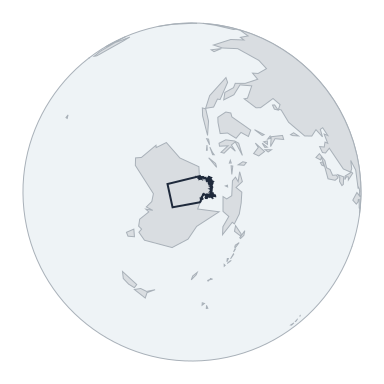 globe centered on Northern Territory, rotated 78°
{"feature_id": "AUS-2650", "entity_name": "Northern Territory", "entity_type": "Territory", "adm_level": 1, "iso_a3": "AUS", "parent_name": "Australia", "parent_adm1": "", "projection": "orthographic", "projection_center": [133.869, -18.484], "detail": "fine", "context": "on_globe", "style": "outline", "palette": "slate", "viewbox_px": 384, "rotation_deg": 78, "n_neighbors": 0, "source": "natural_earth", "source_scale": "10m", "svg_char_len": 10752}
<svg xmlns="http://www.w3.org/2000/svg" viewBox="0 0 384 384"><g transform="rotate(78 192 192)"><circle cx="192" cy="192" r="169" fill="#eef3f6" stroke="#a8b0b8"/><path d="M309.0,200.7L309.0,202.0L308.8,202.1L309.0,200.7ZM278.4,46.8L278.3,46.7L278.2,46.7L278.4,46.8ZM342.6,123.1L341.2,119.5L342.9,122.3L342.6,123.1ZM339.8,117.0L340.4,118.3L339.7,117.2L339.8,117.0ZM338.9,116.0L339.5,116.8L339.0,116.3L338.9,116.0ZM337.9,115.1L338.4,115.4L338.4,115.5L337.9,115.1ZM336.0,112.6L335.4,111.9L335.7,111.9L336.0,112.6ZM188.7,23.1L189.5,23.1L190.2,23.0L203.5,23.4L216.7,24.9L229.8,27.3L242.7,30.8L241.9,30.6L247.9,32.6L243.4,31.4L242.4,31.8L234.0,30.0L234.0,30.9L236.3,31.7L238.0,33.8L233.4,36.4L226.8,30.8L231.7,28.5L228.8,28.8L226.3,27.9L223.4,27.7L221.6,28.3L223.3,28.8L204.6,27.3L194.1,30.2L202.4,30.9L205.5,32.8L200.9,39.2L177.7,48.6L181.6,53.3L180.5,56.2L174.1,57.7L175.5,53.3L170.8,51.5L172.6,49.1L162.8,50.7L165.0,47.4L156.3,50.8L157.4,53.5L165.2,52.9L156.8,57.8L162.2,63.2L160.6,70.1L143.9,83.0L130.3,87.7L129.0,90.2L124.8,87.7L117.4,93.3L123.8,107.4L122.9,111.9L111.7,121.6L111.8,118.2L100.6,111.5L97.2,122.8L105.6,130.8L108.5,141.8L101.4,139.1L98.6,129.7L94.7,127.1L96.8,117.3L95.4,104.3L88.3,108.1L89.8,102.7L86.8,93.5L77.2,99.2L61.3,117.5L57.5,132.2L52.7,140.4L50.9,122.4L54.1,109.6L50.8,112.5L51.0,104.7L44.0,111.1L45.3,108.5L43.5,111.5L43.6,111.3L49.6,101.0L56.3,91.3L63.7,82.0L71.8,73.3L80.4,65.1L89.6,57.6L99.2,50.8L109.4,44.6L119.9,39.2L130.8,34.5L142.0,30.6L153.5,27.5L165.1,25.2L176.9,23.7L188.7,23.1ZM39.4,119.4L40.2,117.9L44.2,110.4L41.9,115.2L41.7,117.6L33.8,134.4L29.3,146.3L33.8,132.6L39.4,119.4ZM26.6,157.4L28.1,152.0L27.2,155.8L23.9,176.6L23.0,191.1L24.0,174.2L26.6,157.4ZM26.1,223.9L26.3,225.0L30.0,239.8L32.0,246.4L26.1,223.9ZM39.1,263.8L39.5,264.6L39.7,265.2L39.1,263.8ZM90.8,297.2L94.1,298.8L93.0,299.8L90.8,297.2ZM30.1,228.1L39.0,256.8L38.9,259.5L35.4,252.7L29.8,236.2L28.9,228.9L27.5,220.6L30.1,228.1ZM149.2,167.6L154.3,168.4L154.2,169.2L149.2,167.6ZM143.7,164.8L149.5,165.0L142.9,166.6L143.7,164.8ZM151.8,165.2L157.6,163.7L160.2,162.5L159.8,164.1L151.8,165.2ZM139.9,165.0L119.7,165.8L111.9,164.4L113.6,161.3L126.1,161.1L139.9,165.0ZM113.0,161.3L101.4,154.7L87.1,135.0L92.2,134.4L107.4,145.3L106.4,147.8L113.4,153.2L113.0,161.3ZM141.7,145.0L140.7,152.3L129.4,152.1L124.3,151.2L120.8,142.3L122.8,137.6L126.8,137.4L143.7,121.7L149.4,125.3L143.9,131.7L148.6,137.7L141.7,145.0ZM57.8,133.4L59.3,141.3L56.9,143.7L57.8,133.4ZM151.3,111.6L144.0,117.9L150.9,109.5L151.3,111.6ZM155.9,104.0L156.0,107.0L153.5,104.0L155.9,104.0ZM128.1,94.2L123.7,95.2L124.0,93.1L129.8,90.7L128.1,94.2ZM159.3,76.2L157.8,81.7L156.4,83.7L155.2,80.3L159.3,76.2ZM271.0,265.3L273.6,268.3L269.0,273.1L262.3,277.2L255.3,276.5L271.0,265.3ZM217.8,264.5L216.2,256.6L223.8,257.6L221.9,263.8L217.8,264.5ZM275.7,262.3L279.8,257.1L279.9,248.4L281.1,256.9L286.0,259.8L275.4,268.6L275.7,262.3ZM185.6,230.1L154.2,241.9L146.9,240.1L147.7,234.3L138.8,217.5L141.1,217.8L138.3,206.8L156.2,196.8L168.7,180.0L179.9,181.8L187.6,170.4L199.6,172.6L196.6,181.7L209.8,190.0L217.0,169.6L226.6,194.6L237.3,205.7L242.2,223.0L229.3,248.5L220.3,252.3L217.8,249.0L214.3,251.3L207.7,248.8L202.5,238.4L199.1,240.8L201.8,234.2L197.1,239.8L193.0,233.3L185.6,230.1ZM271.7,203.6L273.9,205.1L277.8,211.0L274.3,208.8L271.7,203.6ZM303.6,203.0L304.9,205.7L302.5,205.0L303.6,203.0ZM308.8,202.1L305.9,201.4L309.0,200.7L308.8,202.1ZM281.3,192.8L282.5,194.8L281.7,195.0L281.3,192.8ZM280.4,192.0L281.5,190.0L281.5,192.4L280.4,192.0ZM269.5,175.6L270.6,174.8L271.3,175.9L269.5,175.6ZM162.0,168.6L169.0,163.0L173.0,162.8L162.0,168.6ZM267.5,172.4L264.4,171.3L264.7,170.2L267.5,172.4ZM267.6,169.7L267.1,167.8L269.3,172.5L267.6,169.7ZM261.5,164.1L265.4,168.2L261.1,164.3L261.5,164.1ZM259.3,163.8L256.5,161.8L256.7,161.3L259.3,163.8ZM230.0,158.9L240.1,171.0L232.4,169.0L223.6,161.1L217.4,165.7L202.9,162.6L206.0,159.5L203.9,153.9L189.4,150.1L186.5,146.4L191.5,144.7L182.1,141.2L192.3,140.6L196.7,148.0L202.5,143.3L213.0,146.2L223.3,150.3L232.0,157.2L230.0,158.9ZM192.7,155.9L194.5,156.1L193.0,158.1L192.7,155.9ZM251.3,156.4L255.3,161.0L254.9,161.7L253.0,160.7L251.3,156.4ZM233.9,156.4L243.1,152.7L245.4,153.4L239.3,158.6L233.9,156.4ZM240.8,148.4L245.2,150.3L247.6,154.2L246.7,154.8L240.8,148.4ZM171.8,147.6L171.5,149.5L168.9,147.9L171.8,147.6ZM175.1,146.7L183.1,149.4L174.5,148.3L175.1,146.7ZM152.0,139.3L154.2,143.7L161.1,141.1L155.9,145.0L160.7,152.6L159.2,155.4L154.3,147.2L152.9,155.6L149.9,155.4L148.0,148.2L151.0,139.6L154.0,136.2L166.7,135.1L152.0,139.3ZM175.0,141.2L173.0,136.0L174.5,132.7L176.7,135.5L175.0,141.2ZM167.2,123.7L162.2,117.9L157.3,119.9L167.5,112.6L170.6,119.2L167.2,123.7ZM163.5,111.5L158.8,113.2L163.8,109.0L163.5,111.5ZM157.8,111.4L157.7,107.7L161.1,108.3L157.8,111.4ZM165.8,111.7L167.2,105.5L168.7,109.2L165.8,111.7ZM157.1,99.7L163.9,105.7L154.4,103.0L155.5,91.7L159.7,91.4L157.1,99.7ZM189.9,60.3L189.7,57.9L193.9,57.7L192.8,59.4L189.9,60.3ZM207.4,56.2L194.9,56.9L184.9,58.2L187.4,59.5L184.0,63.6L181.0,59.4L189.0,55.5L196.3,55.3L198.7,52.3L204.9,51.0L205.4,47.3L208.5,46.2L210.3,49.6L207.4,56.2ZM205.4,45.8L208.7,40.5L216.0,42.4L216.9,44.0L212.3,45.5L208.7,44.4L205.4,45.8ZM211.6,39.9L208.2,38.9L205.7,31.8L207.0,30.9L212.8,36.6L209.8,36.0L209.1,37.6L211.6,39.9Z" fill="#d9dde1" stroke="#a8b0b8" stroke-width="1"/><path d="M178.1,181.5L178.7,181.9L178.7,182.2L178.6,182.6L178.8,182.4L178.8,182.6L178.9,182.2L178.8,181.4L178.9,181.6L179.1,181.5L179.5,181.7L179.8,182.0L179.8,182.4L180.0,182.3L180.1,182.5L180.2,182.4L179.9,181.7L180.0,181.4L180.4,181.5L180.8,181.2L180.9,181.3L180.9,181.0L180.4,181.3L180.4,181.2L180.2,181.3L180.0,181.1L179.8,180.7L180.2,180.7L180.4,180.5L180.0,180.6L179.6,180.5L179.1,180.2L179.2,179.9L179.5,179.4L179.5,179.1L179.8,179.2L179.8,178.9L179.9,179.0L180.2,178.9L180.1,178.5L180.4,178.2L180.6,177.3L180.7,177.5L180.8,177.5L181.3,177.3L181.6,176.9L181.9,177.0L181.2,176.4L181.3,175.8L181.4,175.7L181.5,175.8L181.8,175.7L181.9,175.0L182.0,175.0L182.2,174.9L182.4,174.9L182.6,175.1L182.9,175.1L182.5,174.8L182.5,174.7L182.6,174.3L182.5,174.2L183.1,174.3L183.1,174.7L183.5,174.9L183.5,174.7L183.7,174.8L183.4,174.5L183.7,174.6L183.4,174.3L183.2,174.3L183.2,174.2L183.5,174.0L183.9,174.1L183.7,173.5L183.8,173.4L184.0,173.4L184.5,173.7L184.6,173.1L184.7,173.6L185.0,173.8L186.0,173.7L186.3,173.6L186.8,173.8L187.3,173.4L187.4,173.6L187.7,173.6L187.8,173.8L187.7,174.1L187.9,173.8L187.9,173.4L188.2,173.2L188.6,173.3L188.8,173.3L188.4,173.1L188.5,172.5L188.3,172.3L188.6,171.9L188.3,171.8L188.0,171.4L187.7,171.3L186.9,171.5L186.7,171.4L186.7,171.2L186.4,171.2L186.5,171.0L185.9,170.9L186.0,170.8L186.1,170.6L186.3,170.5L186.4,170.8L186.5,170.7L186.5,170.4L186.8,170.7L186.9,171.0L187.0,170.9L187.1,171.2L187.3,171.0L187.1,170.9L187.1,170.4L187.4,170.8L187.4,170.5L187.6,170.4L187.7,170.8L187.9,170.6L188.0,170.7L188.5,171.5L189.0,171.2L189.7,171.5L190.0,172.1L190.5,172.0L190.4,172.2L190.7,172.1L190.9,172.3L191.0,172.2L191.0,172.5L191.1,172.4L191.4,172.4L191.8,172.1L192.1,172.1L191.9,172.4L191.9,172.5L192.2,172.7L192.5,172.5L192.8,172.6L192.9,172.8L192.9,173.2L193.2,172.8L193.6,173.1L194.1,173.1L194.6,172.8L194.9,173.3L195.2,173.4L195.5,173.7L195.9,173.8L195.7,173.6L196.3,173.6L195.9,173.5L196.2,173.3L196.5,173.2L196.6,173.3L196.8,173.1L197.0,173.2L197.3,173.0L196.9,173.1L197.0,172.8L197.4,172.8L197.8,172.5L197.8,172.2L198.0,172.3L197.9,172.5L197.3,173.0L197.9,172.9L197.1,173.4L197.4,173.9L197.8,173.4L197.9,173.5L198.3,173.1L198.0,173.6L198.3,173.6L198.1,174.0L198.2,174.3L198.9,174.3L199.2,173.7L198.7,173.5L199.8,172.7L199.5,172.9L199.7,173.0L200.0,173.8L200.3,173.8L200.3,173.6L200.1,173.6L200.3,173.5L200.7,173.6L200.8,174.0L201.0,174.0L200.3,174.6L200.5,174.3L200.3,174.4L200.3,174.7L200.1,174.8L200.1,175.1L199.9,175.1L199.9,175.4L199.7,175.2L199.7,175.3L199.5,175.2L199.5,175.5L200.0,175.9L199.8,176.0L199.7,175.8L199.7,176.1L199.5,176.6L199.4,176.5L199.0,176.8L199.2,176.6L199.2,176.1L199.0,176.4L198.8,176.3L198.8,176.5L198.6,176.7L198.5,176.3L198.3,176.6L198.3,176.8L198.1,176.5L197.9,176.7L197.8,177.0L198.0,177.1L197.7,177.2L197.7,177.6L197.9,177.9L197.8,178.0L198.0,178.1L198.2,177.8L198.3,177.8L198.1,178.5L197.9,178.7L197.8,179.4L197.4,179.6L197.1,180.1L196.7,180.7L196.3,180.9L196.6,181.6L198.7,183.0L198.8,183.4L199.5,183.9L200.1,184.3L200.1,184.6L200.3,184.5L200.7,184.6L200.9,184.4L201.9,185.1L203.0,185.5L203.3,186.1L203.7,186.4L202.9,214.2L179.1,214.3L178.1,181.5ZM185.3,171.2L185.2,171.4L185.1,171.5L185.1,171.8L184.8,171.7L184.6,172.2L183.6,172.8L182.3,172.0L181.9,170.7L182.0,170.5L182.3,170.9L182.5,170.9L182.5,171.2L182.8,171.3L182.9,171.2L183.5,171.0L183.8,171.3L183.8,171.0L184.1,170.8L184.3,171.2L184.3,170.8L184.5,170.6L184.6,170.9L184.9,170.8L185.1,171.2L185.3,171.2ZM200.9,179.3L200.8,179.7L200.7,179.7L200.2,179.6L199.9,179.7L199.3,179.4L199.0,179.5L199.3,179.2L199.3,178.3L199.6,178.4L199.6,178.2L199.8,178.3L199.9,178.2L199.7,177.9L199.9,178.0L200.2,177.8L200.0,178.1L200.2,178.4L200.4,178.4L200.5,178.1L200.7,178.3L200.5,178.6L200.3,178.7L200.3,178.8L200.1,179.1L200.2,179.4L200.3,179.3L200.6,179.5L200.7,179.3L200.9,179.3ZM182.1,172.1L182.6,172.3L182.3,172.5L181.8,172.3L181.1,172.5L180.9,172.4L181.0,172.3L181.0,172.1L181.4,172.1L181.4,171.6L181.6,171.1L181.8,171.0L182.0,171.4L181.9,171.6L182.2,171.8L182.1,172.1ZM188.0,170.5L188.1,170.3L187.9,170.1L188.2,170.1L188.3,169.9L188.3,170.5L188.3,171.0L188.0,170.5ZM201.1,183.7L201.2,184.1L201.1,184.3L200.8,183.9L200.7,183.9L200.9,183.6L201.1,183.7ZM200.4,170.2L200.2,170.7L199.7,171.3L200.2,170.6L200.2,170.2L200.4,170.2ZM198.9,178.0L198.8,178.4L198.7,178.4L198.6,178.1L198.5,178.4L198.4,178.3L198.4,178.0L198.6,178.1L198.7,177.9L198.9,178.0ZM199.1,171.8L199.5,171.4L199.2,171.8L198.7,172.0L198.9,171.7L199.1,171.8ZM199.8,183.4L199.7,183.7L199.5,183.4L199.8,183.4ZM188.4,171.9L188.5,172.0L188.3,172.1L188.1,171.9L188.4,171.9ZM198.8,173.0L199.1,172.9L198.9,173.1L198.5,173.1L198.8,173.0ZM200.0,183.7L200.1,183.9L199.9,184.1L199.8,183.9L200.0,183.7ZM200.3,183.7L200.4,183.8L200.1,184.0L200.1,183.7L200.3,183.7ZM198.5,177.5L198.4,177.0L198.7,177.2L198.6,177.3L198.5,177.5ZM179.6,181.3L179.8,181.5L179.8,181.8L179.6,181.3ZM190.5,171.8L190.9,171.8L190.5,171.9L190.5,171.8ZM198.0,172.1L198.3,171.9L198.2,172.1L198.0,172.1ZM200.6,183.5L200.4,183.4L200.6,183.3L200.6,183.5ZM190.9,171.3L191.0,171.5L190.6,171.6L190.6,171.4L190.9,171.3ZM197.3,181.3L197.4,181.5L197.2,181.5L197.3,181.3ZM194.8,173.0L195.0,173.1L195.0,173.3L194.8,173.0ZM187.6,173.2L187.8,173.2L187.8,173.3L187.6,173.2ZM199.9,172.2L199.8,172.4L199.6,172.4L199.9,172.2ZM179.9,181.4L179.9,181.5L179.8,181.3L179.9,181.4ZM195.6,172.7L195.4,172.8L195.4,172.7L195.6,172.7ZM199.5,172.7L199.5,172.4L199.5,172.7ZM200.5,173.2L200.5,173.4L200.4,173.3L200.5,173.2Z" fill="none" stroke="#1e293b" stroke-width="2"/></g></svg>